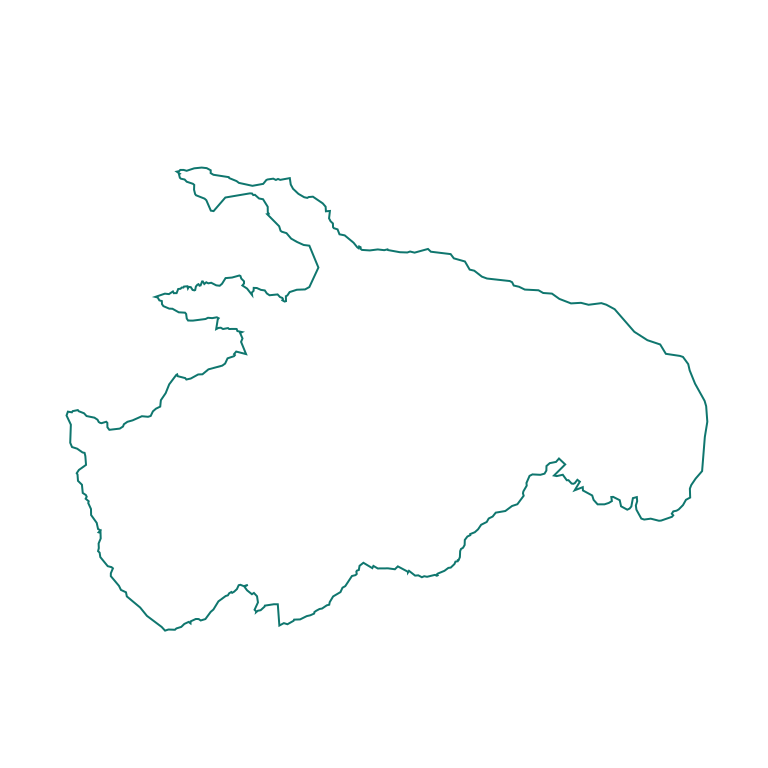 Tochimilco, Puebla, Mexico, rotated 85°
{"feature_id": "50627088B20303152105824", "entity_name": "Tochimilco", "entity_type": "district", "adm_level": 2, "iso_a3": "MEX", "parent_name": "Mexico", "parent_adm1": "Puebla", "projection": "natural_earth1", "projection_center": [-98.619, 18.927], "detail": "fine", "context": "isolated", "style": "outline", "palette": "teal", "viewbox_px": 768, "rotation_deg": 85, "n_neighbors": 0, "source": "geoboundaries", "source_scale": "gbopen_adm2", "svg_char_len": 6149}
<svg xmlns="http://www.w3.org/2000/svg" viewBox="0 0 768 768"><g transform="rotate(85 384 384)"><path d="M368.7,105.4L363.3,117.8L353.8,130.1L329.6,147.7L324.4,155.6L322.4,160.4L322.9,173.3L320.3,180.7L320.0,190.7L314.5,201.9L308.6,208.8L307.2,217.5L304.1,221.9L302.2,235.5L298.9,241.0L297.2,246.2L293.8,247.5L292.4,249.7L287.9,272.2L285.6,277.1L279.0,284.2L277.5,288.7L269.0,292.7L264.9,303.5L260.4,306.3L256.3,325.8L253.3,328.4L255.8,342.1L254.3,346.5L255.0,349.3L254.1,356.7L250.9,368.4L250.2,368.7L250.7,372.1L249.4,378.5L249.7,386.5L248.5,394.3L247.4,395.5L245.7,395.4L244.8,396.8L246.5,397.5L245.5,398.7L240.6,402.0L232.5,410.2L231.0,415.3L225.9,416.8L224.4,420.4L223.3,421.1L219.6,420.9L217.3,423.0L214.2,424.3L206.9,422.8L206.9,426.8L202.3,426.7L198.7,429.3L191.2,438.5L191.2,442.7L191.9,444.2L191.0,447.2L187.1,452.7L181.6,457.6L177.2,459.5L170.7,459.9L171.6,469.6L170.5,471.7L171.3,473.9L169.8,476.4L170.1,482.1L170.5,483.4L174.1,486.9L175.1,497.8L171.0,511.0L169.0,513.2L165.4,520.2L164.4,520.6L160.7,535.7L158.8,538.3L156.0,538.0L153.5,541.8L152.5,546.8L152.6,554.3L154.4,562.0L153.3,564.9L153.0,568.3L154.1,569.5L154.4,571.9L156.7,569.2L157.0,570.0L160.7,569.4L161.8,568.4L162.9,564.8L165.3,562.9L167.9,556.9L169.1,555.7L173.9,556.3L178.3,555.6L179.6,554.8L183.7,546.6L185.4,545.0L196.2,541.4L196.9,538.7L184.4,525.8L182.4,501.1L182.7,498.9L184.4,497.8L184.3,496.1L188.3,492.3L189.4,488.4L197.3,484.4L202.8,484.8L204.3,484.0L204.6,485.6L217.7,474.7L222.3,473.7L223.4,472.5L225.2,468.0L231.1,463.8L234.9,458.3L238.5,451.9L239.7,446.3L262.3,439.2L280.9,449.9L282.9,454.4L282.5,462.6L284.2,470.0L287.4,472.6L288.0,474.1L292.9,474.4L293.2,475.8L291.7,478.0L290.7,477.2L289.4,477.8L288.3,480.0L285.5,482.2L285.6,490.3L283.6,492.8L280.4,494.6L279.5,498.4L277.3,502.3L276.9,505.4L279.8,505.8L281.5,507.8L283.8,507.7L277.0,512.1L273.5,516.5L271.7,514.7L269.5,514.5L266.5,517.0L263.9,517.6L263.3,518.6L264.7,526.1L264.7,532.6L270.0,536.6L271.8,539.1L271.1,542.5L268.1,547.3L268.4,550.3L267.2,552.2L268.7,554.3L266.0,555.6L266.0,556.3L269.8,558.1L270.0,559.2L268.4,560.1L268.8,561.2L270.5,562.9L273.9,563.9L274.2,564.7L273.6,566.5L270.7,568.0L270.2,570.0L271.7,571.0L269.5,571.4L269.5,574.8L270.4,575.4L270.3,577.2L271.4,578.4L271.4,580.7L275.4,582.7L275.2,585.5L273.4,586.2L275.7,590.4L274.9,594.4L277.3,604.2L278.1,601.9L281.1,600.5L282.0,598.1L285.1,598.2L287.2,597.0L290.2,591.4L290.6,588.2L294.7,582.2L295.6,576.0L297.0,575.0L301.6,574.8L303.7,573.6L304.2,568.9L303.7,556.1L302.7,553.6L303.4,549.4L303.0,544.7L304.1,543.0L305.2,544.0L314.7,546.4L313.7,544.0L313.7,541.7L315.2,539.6L314.7,534.5L315.7,533.5L316.2,526.8L316.4,526.0L318.5,525.4L319.9,520.9L320.7,522.9L326.3,521.0L329.6,522.7L342.2,518.8L338.8,528.4L341.2,530.8L342.2,530.0L343.2,531.0L344.8,537.6L349.8,540.5L351.6,543.5L354.1,557.6L358.5,564.0L358.3,568.3L361.7,576.0L362.3,580.5L360.8,581.5L358.2,588.9L356.4,589.2L356.8,590.1L365.6,598.0L374.1,602.3L380.7,607.7L387.0,608.9L388.7,613.3L391.1,616.6L395.5,619.2L396.1,621.9L395.0,628.0L398.3,637.6L399.3,642.9L401.4,646.6L403.6,647.7L405.4,651.1L405.7,661.6L403.0,663.3L398.6,663.0L397.4,664.0L398.4,668.8L398.0,670.1L397.0,671.5L394.6,672.5L392.3,675.4L390.0,683.1L387.0,685.4L384.5,690.5L383.3,691.3L383.9,696.5L385.0,697.4L384.0,701.3L387.7,703.0L397.2,699.5L415.2,701.7L419.6,700.3L421.7,695.3L425.9,690.3L426.5,688.3L429.8,687.8L438.6,687.9L443.0,695.4L446.1,697.9L447.4,697.2L453.8,697.3L458.0,693.7L466.3,693.6L468.6,690.7L470.4,690.0L472.3,691.2L475.1,688.4L476.8,689.0L483.0,686.8L489.0,687.2L497.3,682.3L503.5,681.5L505.0,679.2L506.9,681.2L507.3,680.2L506.3,679.3L513.2,679.7L518.0,682.2L522.6,682.4L525.6,683.4L527.2,682.0L531.7,681.7L541.4,675.1L542.7,671.4L544.0,670.1L548.7,672.6L551.6,672.9L562.0,665.6L566.2,664.0L569.0,659.2L573.2,658.7L585.4,646.4L594.3,640.4L606.6,626.7L610.6,623.6L609.8,620.1L610.6,613.7L609.4,612.1L608.3,607.1L605.6,603.8L604.0,599.4L605.6,597.6L603.6,597.3L601.7,592.0L602.0,589.1L603.6,587.2L602.6,582.4L595.9,576.5L593.8,573.6L586.1,567.9L581.4,560.2L580.9,557.9L579.0,556.5L577.9,554.2L578.8,553.5L577.9,551.5L575.5,548.4L571.8,546.3L571.5,544.6L573.2,541.2L572.2,537.2L573.8,540.7L577.6,538.4L581.9,533.9L580.8,531.8L584.4,529.0L590.6,528.6L597.6,532.6L599.5,531.1L600.2,531.3L598.9,529.5L598.6,526.6L595.4,522.4L594.4,522.0L593.8,512.8L594.2,509.0L615.5,509.3L613.5,504.6L614.9,501.1L612.0,494.7L610.9,494.1L611.2,488.1L608.5,481.2L608.0,477.6L606.6,473.6L605.1,473.2L604.0,471.3L602.5,467.8L602.3,465.3L599.5,460.3L599.1,457.8L596.6,457.1L591.2,453.2L587.5,445.5L583.3,443.1L582.0,440.2L572.5,432.7L571.9,429.0L570.8,427.7L568.5,427.9L567.6,427.3L567.1,425.3L563.0,424.2L560.3,420.1L566.4,411.7L564.3,410.4L567.2,406.3L568.0,396.0L569.5,389.3L566.9,386.1L573.1,376.6L573.9,376.6L572.3,375.4L577.6,369.7L577.6,366.5L579.8,363.1L579.0,360.7L579.8,357.9L578.6,350.0L579.6,348.1L579.3,347.3L578.3,348.0L577.5,346.8L575.4,340.1L572.8,335.9L572.7,333.5L569.5,329.5L567.2,328.3L567.0,326.0L565.9,325.8L565.9,325.0L563.1,323.5L557.1,322.7L555.1,321.7L554.0,319.5L551.4,317.7L546.4,317.1L543.2,314.2L542.1,311.2L541.0,311.2L539.6,306.5L537.0,303.0L532.7,299.5L530.4,293.7L527.1,291.4L525.5,287.3L521.9,283.9L521.1,274.2L516.7,267.1L515.4,261.6L507.5,254.6L505.0,255.1L503.1,254.5L497.7,250.7L495.0,250.7L488.2,247.0L487.0,244.0L488.1,236.1L487.3,231.9L484.4,229.8L479.9,229.3L477.3,225.8L476.6,219.4L473.5,216.2L479.9,210.5L490.0,222.6L490.8,220.0L490.0,213.8L495.8,210.3L495.9,208.6L499.5,205.8L499.9,204.1L499.4,202.6L496.3,199.7L498.4,197.4L506.5,203.3L504.1,195.0L507.4,195.1L513.2,186.3L517.7,185.3L522.5,181.7L523.1,174.9L522.1,170.5L520.5,167.2L516.4,167.4L516.4,165.6L520.3,159.3L526.5,158.5L530.4,152.6L529.5,150.2L527.6,148.3L519.4,146.0L518.7,142.0L522.8,142.0L527.0,143.7L531.2,143.5L540.5,139.4L541.7,136.6L541.4,130.0L544.2,122.0L544.2,119.8L541.4,108.7L540.0,107.3L538.3,108.6L536.1,106.9L535.7,103.6L534.6,101.3L530.7,96.7L525.7,93.3L523.8,88.9L514.9,88.4L511.4,86.7L505.4,81.8L498.5,74.7L464.7,69.0L449.8,65.2L434.2,65.0L428.7,66.1L410.8,74.1L397.1,78.3L390.7,79.2L383.1,83.8L381.8,86.8L378.5,100.6L368.7,105.4Z" fill="none" stroke="#0f766e" stroke-width="2"/></g></svg>